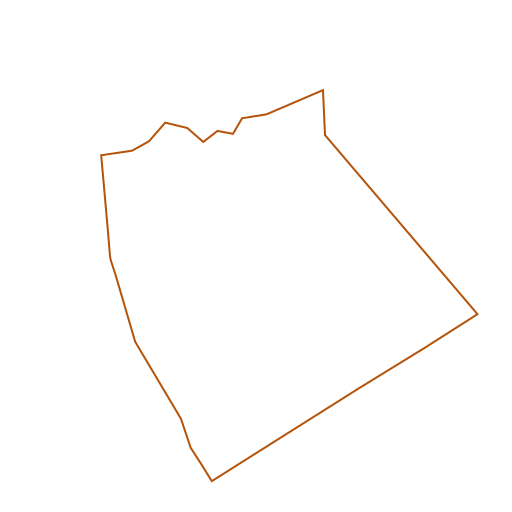 Warren, North Carolina, United States of America (Equal Earth projection), rotated 148°
{"feature_id": "52423323B14296787713089", "entity_name": "Warren", "entity_type": "district", "adm_level": 2, "iso_a3": "USA", "parent_name": "United States of America", "parent_adm1": "North Carolina", "projection": "equal_earth", "projection_center": [-78.081, 36.374], "detail": "fine", "context": "isolated", "style": "outline", "palette": "amber", "viewbox_px": 512, "rotation_deg": 148, "n_neighbors": 0, "source": "geoboundaries", "source_scale": "gbopen_adm2", "svg_char_len": 527}
<svg xmlns="http://www.w3.org/2000/svg" viewBox="0 0 512 512"><g transform="rotate(148 256 256)"><path d="M304.5,89.0L240.3,89.3L240.0,89.3L157.1,88.7L156.2,88.8L99.0,89.3L133.4,322.0L111.3,361.2L172.1,370.6L194.8,380.2L210.8,371.8L222.4,382.5L240.3,380.7L246.4,400.9L262.3,417.2L286.0,410.0L305.3,411.0L333.9,423.5L367.3,357.7L379.7,333.6L381.4,329.5L385.0,314.8L403.9,247.3L405.9,157.7L413.0,128.0L412.8,113.0L412.7,109.1L412.8,88.5L309.9,89.0L309.5,88.9L304.5,89.0Z" fill="none" stroke="#b45309" stroke-width="2"/></g></svg>